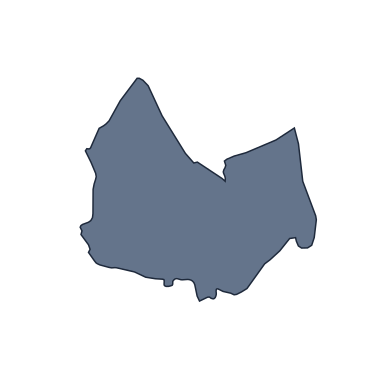 the Province of Al-Qādisiyyah, rotated 227°
{"feature_id": "IRQ-3224", "entity_name": "Al-Qādisiyyah", "entity_type": "Province", "adm_level": 1, "iso_a3": "IRQ", "parent_name": "Iraq", "parent_adm1": "", "projection": "mercator", "projection_center": [44.995, 31.829], "detail": "fine", "context": "isolated", "style": "filled", "palette": "slate", "viewbox_px": 384, "rotation_deg": 227, "n_neighbors": 0, "source": "natural_earth", "source_scale": "10m", "svg_char_len": 1640}
<svg xmlns="http://www.w3.org/2000/svg" viewBox="0 0 384 384"><g transform="rotate(227 192 192)"><path d="M205.5,73.5L208.2,73.7L218.4,75.1L219.6,78.4L224.0,80.3L236.6,81.8L238.6,85.0L242.5,86.2L243.2,87.9L242.9,89.9L240.5,95.6L240.1,98.5L241.1,101.7L243.7,104.8L261.4,121.5L264.6,125.9L266.8,129.8L268.5,132.4L271.4,134.3L282.6,138.4L294.8,142.1L295.4,144.6L294.1,145.7L293.4,146.7L293.5,148.0L301.9,167.5L300.7,172.6L300.4,175.6L300.6,179.9L307.7,201.8L312.6,229.4L311.1,231.0L307.2,232.3L299.6,232.4L268.2,222.1L224.8,213.5L212.0,213.1L210.2,216.3L181.4,223.2L177.3,223.6L179.3,225.7L181.0,226.7L184.2,227.9L185.4,228.6L186.5,230.4L187.3,232.9L188.5,234.9L192.5,236.8L192.2,239.9L189.5,247.4L183.9,258.3L172.8,288.8L169.0,310.5L154.6,302.7L124.3,280.3L90.2,266.2L86.9,264.0L75.3,250.3L71.4,243.2L72.3,238.4L76.3,233.9L80.0,233.0L84.9,234.8L88.0,236.6L91.4,231.7L89.1,216.1L89.2,202.9L89.9,196.1L83.9,166.4L85.2,159.9L86.7,154.8L88.1,152.7L91.6,151.3L98.1,146.9L103.2,145.0L104.1,144.3L104.2,143.4L103.1,142.0L101.5,140.8L100.4,139.7L99.6,138.4L99.0,137.0L98.9,135.7L99.4,134.6L101.2,133.5L102.3,133.3L103.1,133.2L103.9,132.4L104.5,131.5L107.1,123.1L112.4,124.8L122.3,130.8L124.6,131.6L126.7,131.6L128.4,131.1L129.9,130.2L131.1,129.1L134.5,124.9L135.5,124.0L138.2,122.4L139.2,121.6L139.9,120.5L140.1,119.0L139.8,117.0L138.4,115.7L137.6,114.8L137.3,113.9L137.9,112.4L138.9,110.6L140.6,108.7L141.9,108.1L143.0,108.2L144.0,109.1L146.0,111.1L147.1,111.7L148.3,111.0L153.6,106.0L161.3,100.0L172.8,95.4L188.1,85.1L189.3,84.0L191.4,81.4L193.6,79.8L201.5,74.9L204.0,73.9L205.5,73.5Z" fill="#64748b" stroke="#1e293b" stroke-width="1.5"/></g></svg>